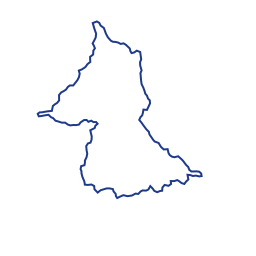 Taquarivaí, São Paulo, Brazil (orthographic projection), rotated 34°
{"feature_id": "56859067B24863569730487", "entity_name": "Taquarivaí", "entity_type": "district", "adm_level": 2, "iso_a3": "BRA", "parent_name": "Brazil", "parent_adm1": "São Paulo", "projection": "orthographic", "projection_center": [-48.686, -23.94], "detail": "fine", "context": "isolated", "style": "outline", "palette": "blue", "viewbox_px": 256, "rotation_deg": 34, "n_neighbors": 0, "source": "geoboundaries", "source_scale": "gbopen_adm2", "svg_char_len": 2453}
<svg xmlns="http://www.w3.org/2000/svg" viewBox="0 0 256 256"><g transform="rotate(34 128 128)"><path d="M85.0,61.1L79.8,60.2L77.0,60.3L74.9,62.4L72.0,62.7L69.8,63.5L67.1,65.0L64.9,65.2L60.4,64.0L56.9,62.1L55.1,60.8L52.1,58.6L48.0,58.4L45.4,56.9L42.6,57.1L40.1,60.7L44.1,64.1L48.8,67.6L50.6,71.0L51.0,73.8L51.4,77.7L53.4,78.7L56.0,80.4L56.0,83.2L58.0,86.6L56.8,90.2L58.1,92.1L59.8,94.3L58.7,97.7L58.6,101.3L57.0,105.2L55.1,107.9L57.6,110.0L58.9,113.3L59.3,116.5L58.8,123.4L56.0,125.3L55.2,127.5L55.1,130.9L54.0,133.5L52.7,135.9L52.4,139.2L55.5,143.7L55.2,146.9L54.2,149.1L53.4,151.7L55.3,156.4L51.6,159.5L47.8,163.2L46.0,164.5L45.2,166.7L47.5,168.2L49.5,166.5L51.7,164.3L54.7,161.5L58.1,162.1L60.4,161.7L63.8,162.5L66.8,161.5L70.1,160.6L73.0,158.7L76.3,158.8L78.7,158.1L81.1,156.0L83.4,154.6L85.5,152.5L85.5,150.0L87.1,146.0L89.2,144.5L91.7,145.0L93.4,142.5L96.1,142.4L98.2,140.9L100.4,141.5L99.7,144.4L100.4,146.6L99.3,148.7L98.0,151.0L100.8,153.6L102.6,155.2L104.3,158.0L105.1,161.1L103.4,163.2L103.5,166.4L106.2,169.7L108.6,172.1L110.0,175.5L110.5,179.1L111.7,180.9L112.7,183.2L110.5,185.8L111.7,188.6L113.5,189.8L115.0,191.8L117.8,194.2L121.8,196.8L123.9,199.1L126.5,197.7L129.3,195.3L132.4,195.0L134.4,197.5L139.0,198.5L140.1,194.9L144.1,190.0L146.5,188.4L149.6,187.1L151.6,188.7L154.6,189.5L156.1,191.2L158.2,192.1L159.5,189.8L161.7,186.3L165.7,184.8L169.0,181.8L170.9,178.2L173.4,176.9L173.9,173.6L175.0,171.6L178.0,169.8L179.3,167.6L179.0,163.7L182.3,164.4L184.9,165.4L188.1,164.9L189.8,162.3L191.4,160.9L189.8,158.1L190.2,154.7L193.9,153.3L195.0,150.3L193.1,148.1L196.1,146.1L197.9,143.7L199.9,143.5L203.2,143.7L206.0,142.9L206.1,140.0L206.8,136.9L203.5,133.5L205.9,132.2L208.7,131.5L210.9,129.5L214.1,128.3L215.9,126.7L214.1,124.8L211.5,124.4L209.1,125.6L207.3,126.9L204.9,128.6L202.2,128.4L199.7,126.6L197.1,126.2L194.4,125.3L192.5,124.6L190.1,124.0L185.4,123.4L182.8,126.3L180.4,127.2L177.7,127.1L175.6,126.1L172.7,123.4L169.6,125.8L165.9,125.2L161.7,123.3L157.6,124.3L155.1,123.6L152.7,122.6L149.5,121.4L147.4,119.5L143.9,118.8L139.6,117.3L136.4,116.1L132.8,115.0L132.3,112.1L132.7,109.5L131.8,106.9L130.5,104.1L133.6,102.4L133.2,99.8L132.5,95.3L130.6,92.9L128.1,92.4L125.7,90.6L123.0,89.8L121.1,88.1L118.0,85.9L114.7,84.0L112.4,81.4L110.5,79.1L109.0,77.2L107.6,75.5L107.1,72.7L103.2,69.4L101.2,66.7L100.5,63.6L98.1,61.0L95.6,58.2L92.0,59.0L90.9,61.9L89.1,63.9L87.1,63.0L85.0,61.1Z" fill="none" stroke="#1e3a8a" stroke-width="2"/></g></svg>